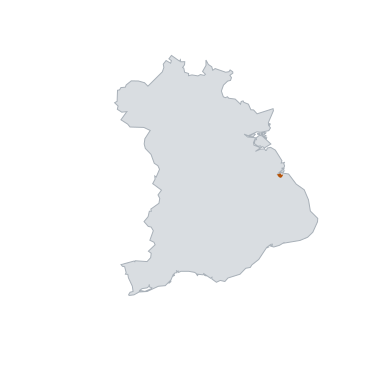 Itapecuru Mirim, Maranhão, Brazil (highlighted), rotated 37°
{"feature_id": "56859067B11839444489809", "entity_name": "Itapecuru Mirim", "entity_type": "district", "adm_level": 2, "iso_a3": "BRA", "parent_name": "Brazil", "parent_adm1": "Maranhão", "projection": "orthographic", "projection_center": [-44.34, -3.363], "detail": "fine", "context": "in_parent", "style": "filled", "palette": "amber", "viewbox_px": 384, "rotation_deg": 37, "n_neighbors": 0, "source": "geoboundaries", "source_scale": "gbopen_adm2", "svg_char_len": 4316}
<svg xmlns="http://www.w3.org/2000/svg" viewBox="0 0 384 384"><g transform="rotate(37 192 192)"><path d="M110.9,98.0L114.0,100.8L118.0,99.4L119.2,101.2L121.5,98.5L126.9,95.7L128.1,93.1L131.6,91.5L131.9,89.9L127.9,89.4L127.0,82.5L123.7,78.2L128.3,80.3L132.4,80.1L135.3,82.3L136.2,79.5L146.8,76.1L149.1,73.7L149.0,71.6L152.2,71.5L153.1,72.5L152.0,76.0L154.7,76.9L155.6,79.7L153.7,82.0L152.8,87.7L154.7,93.7L159.7,97.1L161.9,96.6L163.0,94.6L164.9,95.0L170.6,91.8L177.9,92.7L176.8,90.1L178.0,88.5L179.4,89.2L184.2,87.9L189.5,90.9L191.8,89.4L196.9,90.4L206.6,76.7L208.1,78.1L211.2,90.6L212.9,92.6L216.1,93.6L216.4,96.8L211.0,102.9L207.6,104.9L203.1,113.2L198.8,114.4L203.4,114.6L210.1,110.4L211.4,115.6L213.2,117.3L220.2,115.4L218.2,121.4L220.9,116.6L224.1,113.8L225.7,114.6L226.4,113.8L225.7,111.6L227.9,109.0L233.3,108.4L245.0,112.9L245.8,115.2L247.4,113.6L250.2,115.4L250.9,117.4L249.5,118.8L250.1,119.4L251.5,118.1L251.9,119.4L250.6,120.7L249.7,124.8L251.5,123.1L252.9,120.1L253.1,122.3L258.3,119.5L270.5,123.0L280.3,122.7L289.8,128.2L298.0,136.0L308.3,137.4L310.2,140.3L312.7,151.4L311.6,158.5L307.4,165.7L296.1,177.6L296.1,176.6L293.9,182.0L290.4,186.7L288.7,187.4L287.6,185.3L286.5,186.3L285.0,191.4L285.9,205.7L283.7,214.0L283.9,217.2L280.8,220.6L279.8,228.8L272.5,239.0L272.1,243.7L267.8,245.6L265.8,249.4L260.3,249.5L259.2,248.1L258.8,249.7L250.4,250.1L250.8,251.4L245.5,254.6L242.5,254.6L237.3,257.2L230.9,262.0L229.7,264.3L228.5,263.5L228.1,264.5L226.6,264.0L228.6,265.4L227.1,266.9L226.7,269.4L228.1,274.9L227.0,282.9L221.9,287.5L216.0,298.5L210.3,303.4L210.1,301.7L214.2,299.7L217.6,293.8L217.6,292.7L215.1,293.4L213.5,291.5L214.4,293.4L213.8,295.6L210.3,299.2L209.4,302.1L209.9,303.7L207.5,309.1L204.0,312.5L203.1,312.0L202.9,309.3L204.8,306.9L201.0,303.1L192.9,298.8L190.3,296.4L188.3,297.7L187.9,296.0L183.2,292.2L181.2,293.2L179.0,292.7L187.2,282.1L188.3,282.1L188.0,281.1L198.0,274.6L198.5,269.3L196.3,265.5L192.8,265.5L194.3,256.4L191.9,255.0L187.4,255.9L184.4,246.2L180.5,244.6L177.7,245.8L171.5,244.5L171.8,238.1L169.5,233.0L171.1,231.8L169.4,230.4L172.4,220.9L170.1,216.5L166.6,214.8L166.5,208.9L155.6,209.0L154.8,204.0L152.6,201.6L154.4,201.6L152.4,193.4L148.9,191.5L144.6,191.8L136.6,186.6L128.5,185.3L124.9,182.4L122.3,177.8L121.6,168.0L114.7,169.4L103.4,177.4L99.8,176.5L91.8,177.1L91.6,167.0L87.9,170.5L82.6,170.9L81.2,167.8L76.5,167.3L77.6,164.6L71.3,155.6L72.7,154.0L72.4,151.4L75.7,148.4L75.0,146.1L76.6,139.8L82.4,135.6L88.3,133.3L93.1,134.0L96.0,113.9L94.6,109.5L92.1,107.2L92.2,102.6L97.4,102.0L96.5,99.5L93.4,99.5L93.4,95.3L103.2,95.0L103.1,93.3L104.6,94.8L107.8,92.3L109.5,94.9L109.6,98.3L110.9,98.0ZM214.2,105.0L226.1,106.2L223.3,113.2L221.1,113.3L220.7,114.5L219.0,114.0L217.1,115.8L212.6,115.8L210.9,112.3L212.1,111.4L210.7,110.1L211.7,106.1L214.2,105.0ZM204.1,113.6L205.9,108.5L207.8,107.8L207.6,110.9L204.1,113.6ZM217.5,102.6L216.3,104.4L213.6,104.0L214.0,102.8L217.5,102.6ZM213.4,100.5L212.9,104.4L211.8,104.0L213.4,100.5ZM219.4,105.0L217.7,105.2L216.9,104.9L219.0,103.7L219.4,105.0ZM211.6,105.2L209.9,106.4L209.1,105.8L210.4,104.6L211.6,105.2ZM214.8,101.8L214.0,101.0L215.4,100.2L215.5,100.9L214.8,101.8ZM213.9,91.9L212.9,92.0L212.7,90.7L213.6,90.6L213.9,91.9ZM228.6,278.2L228.2,277.1L228.9,276.1L229.1,276.4L228.6,278.2ZM246.5,254.1L246.7,255.4L245.6,255.2L246.5,254.1ZM227.7,270.2L227.2,269.5L227.9,268.8L228.2,269.1L227.7,270.2ZM251.2,122.3L250.5,123.7L251.2,121.7L251.2,122.3ZM288.1,187.6L286.9,188.0L287.7,186.9L288.1,187.6ZM253.4,250.6L252.3,251.0L252.0,250.8L252.7,250.2L253.4,250.6ZM286.1,190.2L285.7,191.0L285.4,190.5L286.1,190.2ZM248.0,112.3L248.1,113.1L247.8,113.0L248.0,112.3Z" fill="#d9dde1" stroke="#a8b0b8" stroke-width="1"/><path d="M250.6,126.4L250.8,126.4L250.8,126.5L251.0,126.5L251.3,126.6L251.5,126.6L251.7,126.4L251.8,126.4L251.9,126.5L251.7,126.8L251.8,126.9L252.4,126.9L252.8,126.9L253.0,126.9L253.8,126.9L253.7,126.9L253.8,126.8L253.8,126.7L253.9,126.4L253.9,126.2L254.0,125.9L254.0,125.7L254.0,125.4L254.0,125.2L253.9,124.7L253.7,124.9L253.6,125.0L253.4,125.2L253.2,125.2L252.8,125.5L252.8,125.4L252.7,125.4L252.5,125.2L252.4,125.2L252.2,125.2L252.0,124.9L251.9,124.9L251.7,124.8L251.5,125.0L251.4,125.2L251.4,125.3L251.3,125.5L251.2,125.5L251.1,125.8L251.0,126.0L250.9,126.0L250.6,126.4Z" fill="#f59e0b" stroke="#b45309" stroke-width="1.5"/></g></svg>